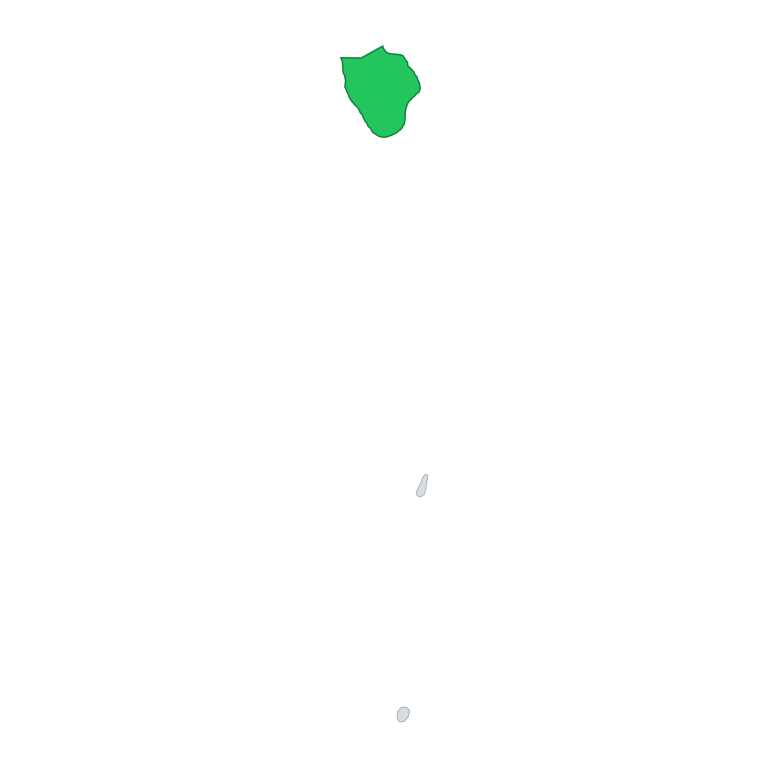 South Miladhunmadulu, Maldives shown in context
{"feature_id": "70690204B143324726132", "entity_name": "South Miladhunmadulu", "entity_type": "district", "adm_level": 2, "iso_a3": "MDV", "parent_name": "Maldives", "parent_adm1": "", "projection": "natural_earth1", "projection_center": [73.322, 5.821], "detail": "fine", "context": "in_parent", "style": "filled", "palette": "green", "viewbox_px": 768, "rotation_deg": 0, "n_neighbors": 0, "source": "geoboundaries", "source_scale": "gbopen_adm2", "svg_char_len": 4129}
<svg xmlns="http://www.w3.org/2000/svg" viewBox="0 0 768 768"><path d="M424.3,494.5L420.7,496.8L417.3,495.9L416.1,493.0L417.8,488.8L420.7,483.4L422.6,477.5L425.5,474.3L427.7,475.4L427.5,478.7L426.4,483.2L425.8,489.1L424.3,494.5ZM404.3,721.5L399.8,721.9L397.0,717.8L397.6,711.7L401.1,707.5L406.6,707.2L409.8,711.0L408.1,716.9L404.3,721.5Z" fill="#d9dde1" stroke="#a8b0b8" stroke-width="1"/><path d="M340.3,57.8L340.5,57.9L340.8,58.1L341.1,58.5L341.3,58.8L341.5,59.2L341.6,59.6L341.8,60.1L342.0,60.5L342.2,61.0L342.3,61.4L342.4,62.0L342.4,62.5L342.5,63.0L342.5,63.8L342.5,64.6L342.7,65.3L342.7,66.0L342.8,67.1L342.9,67.6L342.9,68.6L342.9,69.2L342.9,69.8L342.9,70.4L343.0,71.0L343.0,71.5L343.1,72.1L343.3,72.8L343.4,73.4L343.7,74.0L344.0,74.4L344.3,74.8L344.7,75.6L344.9,77.1L345.1,78.2L345.3,78.7L345.4,79.6L345.6,80.8L345.5,82.0L345.4,82.8L345.3,83.5L345.2,84.3L345.0,85.5L344.9,86.5L345.2,87.6L345.7,88.7L346.1,89.5L346.5,90.5L346.9,91.3L347.4,92.6L347.8,93.6L348.2,94.4L348.5,95.1L349.0,96.4L349.3,97.4L349.8,98.0L350.2,98.7L350.6,99.4L351.1,100.5L351.7,101.1L352.1,101.7L352.8,102.4L353.4,103.2L353.9,103.9L354.6,104.5L355.2,105.3L355.9,105.8L356.5,106.3L357.1,107.0L357.6,107.6L358.0,108.0L358.5,108.7L358.8,109.3L359.1,109.9L359.3,110.2L359.5,110.7L359.8,111.6L360.1,112.4L360.5,112.9L360.9,113.6L361.2,113.7L361.7,114.0L362.0,114.4L362.3,114.9L362.7,115.7L362.9,116.1L363.2,117.2L363.4,117.9L363.7,118.2L363.9,118.7L364.1,119.2L364.5,119.9L364.9,120.9L365.3,121.5L365.7,121.9L366.1,122.4L366.7,122.8L367.0,123.5L367.3,124.3L367.6,125.2L367.8,125.7L368.1,126.3L368.7,126.9L369.2,127.1L369.7,127.5L370.4,128.2L370.8,128.7L371.2,129.4L371.5,130.1L371.7,130.6L371.9,130.9L372.5,131.8L373.0,132.5L373.5,132.9L374.0,133.3L374.7,133.6L375.1,133.9L375.6,134.3L376.3,134.6L376.6,134.8L377.1,135.1L377.5,135.5L378.2,135.9L378.8,136.1L379.3,136.3L379.7,136.5L380.4,136.7L380.9,136.8L381.3,137.0L382.0,137.0L382.6,137.1L383.6,137.1L384.3,137.2L385.2,137.1L386.0,137.1L386.7,136.9L387.2,136.7L387.9,136.5L388.9,136.2L389.6,136.0L390.4,135.6L391.4,135.3L392.0,135.1L392.7,134.5L393.2,134.2L393.9,134.0L394.5,133.7L395.1,133.6L395.6,133.3L396.4,132.9L396.9,132.5L397.3,131.9L398.1,131.4L398.7,130.9L399.4,130.3L399.8,130.1L400.5,129.7L400.9,129.3L401.3,128.8L401.7,128.4L402.1,127.7L402.4,127.1L403.0,126.0L403.4,125.3L403.8,124.7L404.2,123.8L404.4,123.1L404.5,122.5L404.7,121.6L404.8,120.8L404.9,120.2L405.0,119.6L405.0,119.1L405.0,118.4L405.1,117.6L405.1,117.0L405.1,116.3L405.0,115.5L405.1,114.4L405.1,113.6L405.2,113.3L405.2,112.7L405.4,111.7L405.6,110.5L405.7,109.5L405.8,108.7L406.0,108.2L406.4,107.1L406.8,105.7L407.0,105.0L407.3,104.3L407.6,103.8L408.0,102.8L408.5,102.2L408.9,101.5L409.4,101.0L409.9,100.5L410.7,99.8L411.2,99.2L411.8,98.4L412.3,97.9L412.7,97.6L413.4,97.0L413.9,96.6L414.4,96.3L414.6,96.0L415.0,95.5L415.3,94.9L415.6,94.5L416.1,94.1L416.4,94.0L417.1,93.4L417.6,93.2L418.2,92.7L418.6,92.3L418.9,92.0L419.2,91.6L419.3,91.3L419.7,90.2L419.8,90.1L419.9,89.7L419.9,89.4L420.1,89.1L420.2,88.3L420.2,87.7L420.1,87.2L420.0,86.6L419.9,85.8L419.7,85.0L419.5,84.3L419.3,83.3L419.2,82.6L418.9,81.8L418.4,81.0L418.2,80.5L417.8,80.1L417.6,79.5L417.4,78.8L417.3,77.9L417.0,77.1L416.7,76.6L416.3,76.2L416.0,75.8L415.5,75.3L415.0,74.8L414.8,74.4L414.5,73.4L414.3,72.7L413.9,72.1L413.6,71.5L413.1,71.0L412.5,70.5L412.2,70.4L411.8,69.7L411.5,69.4L411.0,68.8L410.6,68.3L409.9,67.8L409.4,67.4L408.8,67.1L408.5,66.8L408.0,66.2L407.9,65.7L407.8,65.0L407.7,64.5L407.6,63.7L407.6,63.1L407.4,62.6L407.0,61.6L406.6,61.1L406.2,60.6L405.8,60.2L405.4,59.6L405.1,59.0L404.6,58.3L404.4,57.9L404.0,57.2L403.6,56.8L403.0,55.9L402.4,55.5L401.8,55.3L401.4,55.2L400.9,54.9L400.4,54.8L399.6,54.8L399.4,54.7L398.8,54.6L398.4,54.5L397.7,54.4L397.2,54.4L396.6,54.4L395.9,54.3L395.0,54.3L394.3,54.1L393.5,54.1L392.6,53.9L392.0,53.9L391.4,53.9L390.6,53.8L389.9,53.6L389.2,53.5L388.4,53.2L387.6,53.0L387.1,52.7L386.6,52.3L386.3,52.0L385.7,51.5L385.5,51.2L385.2,50.8L384.8,50.4L384.6,50.1L384.2,49.6L383.8,49.0L383.4,48.5L383.2,48.0L383.0,47.4L382.9,47.0L382.8,46.7L382.7,46.1L361.2,58.0L340.3,57.8Z" fill="#22c55e" stroke="#15803d" stroke-width="1.5"/></svg>